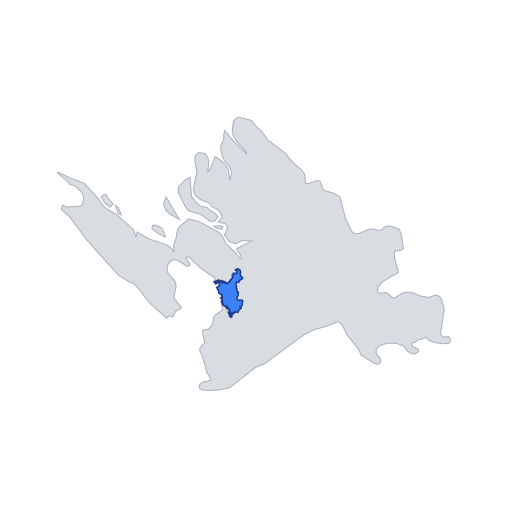 Brahamanbaria, Chittagong, Bangladesh (highlighted), rotated 145°
{"feature_id": "16705992B2831557138260", "entity_name": "Brahamanbaria", "entity_type": "district", "adm_level": 2, "iso_a3": "BGD", "parent_name": "Bangladesh", "parent_adm1": "Chittagong", "projection": "orthographic", "projection_center": [91.088, 23.957], "detail": "fine", "context": "in_parent", "style": "filled", "palette": "blue", "viewbox_px": 512, "rotation_deg": 145, "n_neighbors": 0, "source": "geoboundaries", "source_scale": "gbopen_adm2", "svg_char_len": 9069}
<svg xmlns="http://www.w3.org/2000/svg" viewBox="0 0 512 512"><g transform="rotate(145 256 256)"><path d="M179.8,355.8L179.8,344.4L172.6,321.8L173.0,319.4L171.6,308.5L169.8,302.5L169.0,296.1L173.6,287.0L171.8,285.5L161.9,282.5L160.7,280.1L163.0,271.1L156.0,262.4L153.3,256.0L161.2,235.5L163.4,221.2L162.9,218.4L158.3,215.1L150.1,213.7L144.3,210.9L141.0,206.8L138.2,205.1L134.6,206.2L130.1,204.6L126.4,200.5L123.3,195.5L124.7,190.2L130.9,177.6L133.2,177.3L138.3,179.8L140.2,179.9L143.7,174.9L148.7,160.8L165.2,162.3L169.2,161.9L173.4,160.8L175.6,159.1L176.9,156.8L176.5,154.8L171.5,152.0L169.6,150.0L168.3,144.3L166.8,142.1L156.9,141.6L151.8,138.9L149.0,136.5L144.1,128.7L138.0,122.8L132.0,121.3L129.8,119.4L128.6,116.4L129.4,112.1L132.6,104.0L149.3,86.6L149.8,84.6L149.2,82.3L144.4,79.4L144.2,78.0L145.6,74.3L148.3,73.9L153.9,77.4L159.5,82.9L162.8,87.9L162.8,91.7L167.3,92.6L171.0,94.3L174.8,93.9L177.3,94.9L179.0,94.5L179.7,92.3L176.5,86.7L178.1,84.4L181.9,84.6L184.5,86.7L186.5,91.0L186.7,97.7L191.0,103.8L196.8,108.2L201.3,110.2L206.7,111.7L211.4,110.4L213.8,106.2L212.8,102.4L213.6,99.1L215.5,97.2L218.4,97.4L220.6,100.1L226.8,114.5L225.4,120.9L226.7,138.5L225.0,150.1L225.9,154.5L227.0,155.3L236.7,157.5L250.7,162.2L261.4,164.0L310.0,162.8L320.6,165.0L353.0,163.2L361.8,166.8L371.5,172.7L377.0,177.1L378.0,179.7L377.4,181.9L375.6,183.1L372.3,183.2L364.6,180.3L363.3,181.2L363.3,188.1L357.2,205.6L356.3,211.0L354.2,213.1L347.7,214.3L343.5,224.4L341.8,225.7L337.5,223.5L334.9,223.9L331.6,224.8L328.3,227.2L326.0,230.1L323.5,231.1L314.3,230.9L312.6,235.6L306.6,241.8L302.5,258.2L302.8,263.2L307.9,276.2L311.4,293.1L312.8,294.8L314.5,295.0L314.6,287.2L316.3,286.2L318.4,287.1L322.8,297.5L325.2,300.2L329.1,300.9L333.4,299.3L336.6,296.2L337.9,292.9L336.8,281.5L338.8,276.9L346.2,269.9L347.3,267.8L346.7,256.4L349.5,256.0L353.3,256.9L358.1,254.2L359.5,254.1L361.6,257.0L364.9,256.4L370.2,279.0L370.8,295.0L372.0,303.8L373.9,305.8L379.7,319.0L385.4,365.8L386.3,395.5L388.7,405.6L386.8,407.8L385.0,408.3L383.2,404.8L371.0,397.4L368.0,398.1L363.9,402.6L362.2,406.6L363.0,412.3L364.4,417.9L367.3,421.1L367.6,424.7L370.9,438.0L370.0,438.1L363.2,426.0L355.0,414.1L352.3,392.7L352.0,382.1L346.4,369.7L341.2,348.0L343.4,340.4L339.5,343.7L333.4,330.7L323.9,318.0L321.1,312.4L321.0,306.9L316.9,312.4L311.4,316.3L305.7,322.2L302.0,323.9L290.0,325.0L283.2,317.2L273.3,298.0L272.0,293.7L273.4,282.5L271.1,271.8L270.4,262.5L268.7,263.3L268.0,265.9L268.3,269.8L267.6,273.1L251.1,270.9L258.1,276.5L265.7,277.9L269.6,282.9L269.8,291.2L262.3,296.2L263.0,300.4L267.3,305.6L262.0,307.0L260.6,310.4L260.5,315.2L264.1,322.5L263.5,325.4L269.7,335.1L270.9,339.7L269.3,346.2L255.7,359.4L251.7,368.7L248.3,373.0L244.1,373.8L239.0,369.4L239.0,364.8L240.0,361.2L247.2,352.5L243.3,353.7L232.3,360.8L230.2,354.9L228.8,349.5L228.9,342.8L234.3,333.0L228.2,337.9L226.5,344.0L227.2,351.3L226.4,356.5L224.0,363.2L220.7,367.2L215.5,369.8L213.1,373.7L209.6,376.6L208.5,363.0L205.0,344.7L204.2,348.6L206.0,360.0L205.8,367.4L202.9,373.2L197.1,379.4L192.7,380.2L190.1,379.2L182.0,369.7L181.4,360.7L179.8,355.8ZM280.2,356.9L270.1,359.0L264.9,358.3L274.6,341.9L274.3,334.5L272.8,328.5L268.0,323.6L267.7,320.2L265.5,315.5L264.4,310.0L269.8,308.2L274.2,311.4L275.8,317.6L277.9,322.4L285.5,332.0L285.4,338.0L283.3,352.4L280.2,356.9ZM302.0,351.5L295.8,355.9L297.8,329.9L302.4,339.5L303.6,344.7L302.0,351.5ZM325.5,338.4L322.9,340.3L320.3,338.7L317.1,332.6L318.7,324.9L319.7,323.7L323.6,331.6L325.5,338.4ZM348.7,393.2L345.1,393.6L343.4,391.7L344.2,389.1L343.2,380.7L347.7,379.8L349.4,386.8L348.7,393.2ZM344.6,369.7L342.1,378.1L341.0,374.3L342.8,367.0L344.6,369.7ZM272.5,302.0L273.5,304.7L267.9,301.2L266.4,298.7L268.9,297.4L272.5,302.0Z" fill="#d9dde1" stroke="#a8b0b8" stroke-width="1"/><path d="M310.7,237.0L310.5,236.9L310.3,236.9L310.1,236.7L310.4,236.4L310.6,236.2L310.9,235.8L311.0,235.4L310.9,235.3L310.7,235.3L310.7,235.2L310.8,235.1L311.1,235.2L311.1,234.3L310.9,234.2L310.7,234.1L310.7,233.3L310.5,233.2L310.2,233.2L309.7,233.0L309.6,232.8L309.7,232.7L309.5,232.3L309.8,232.0L309.8,231.4L310.0,231.4L310.1,231.0L309.4,230.9L309.3,231.2L309.0,230.9L308.6,230.9L308.7,230.7L308.8,229.8L309.6,229.8L309.5,229.5L309.9,229.6L310.0,229.4L309.7,229.2L308.8,229.1L308.8,228.0L308.4,228.0L308.3,227.6L308.6,227.5L308.6,226.9L308.8,227.0L309.0,227.0L309.2,226.5L309.1,226.2L309.2,225.4L309.5,225.5L309.6,225.1L310.3,225.2L310.5,224.9L310.8,224.8L311.0,224.9L311.1,225.3L311.3,224.7L311.2,224.3L311.2,224.0L310.7,224.1L310.8,224.4L310.3,224.1L310.3,224.4L310.1,224.3L310.0,224.5L309.6,224.6L309.2,224.3L309.2,224.1L309.3,224.0L309.3,223.9L309.4,223.7L309.6,223.6L309.5,223.2L309.9,223.1L310.0,223.4L310.4,223.4L310.4,222.8L310.6,223.0L310.8,223.0L311.0,222.5L311.3,222.5L311.3,222.3L311.6,222.3L311.8,222.4L311.8,222.1L311.9,221.7L312.1,221.6L312.1,221.2L311.9,221.1L311.9,220.8L311.9,220.5L311.6,220.4L311.7,220.2L310.9,220.0L310.5,220.1L310.2,220.5L310.0,220.8L309.7,221.1L309.5,221.4L309.5,221.7L309.4,222.2L309.4,222.3L309.6,222.3L309.6,222.8L309.6,222.6L309.4,222.6L308.9,222.7L308.8,222.8L308.6,222.5L308.6,222.8L308.5,222.7L308.2,222.6L307.5,222.4L307.4,222.2L307.1,222.2L307.0,222.3L307.0,222.1L306.8,222.0L306.7,222.1L306.3,222.1L306.2,221.9L305.9,222.1L305.9,221.9L305.6,222.0L305.3,221.8L305.0,222.0L304.9,221.9L304.4,221.8L304.2,221.4L304.0,221.2L303.6,220.8L303.4,220.7L303.5,220.6L303.2,220.2L302.5,220.6L302.1,220.7L301.7,221.2L300.9,221.6L298.1,221.7L297.9,222.0L297.8,222.5L298.4,223.1L298.5,223.4L298.5,223.5L298.3,223.6L297.5,223.3L297.0,223.3L296.0,223.4L295.6,223.5L295.3,223.9L294.8,224.7L294.2,225.5L293.8,225.9L292.8,226.5L292.5,227.0L292.4,227.3L293.1,228.1L293.8,228.7L295.2,229.4L295.8,229.9L296.1,230.4L296.3,231.0L296.3,231.5L296.1,232.0L295.6,232.7L295.0,233.0L294.5,233.4L293.7,233.7L293.4,233.9L291.8,235.6L291.3,236.6L291.3,236.9L291.6,237.0L291.8,237.6L291.8,238.1L291.7,238.7L291.6,238.9L291.0,239.1L290.6,239.7L290.4,241.5L290.1,241.8L289.7,241.9L289.2,242.5L288.5,244.5L288.0,245.2L287.4,245.5L287.0,245.3L286.0,244.8L285.1,244.4L284.1,244.9L283.9,245.3L283.6,245.4L283.4,245.4L280.6,245.2L280.0,245.3L279.7,245.4L279.5,245.7L279.4,246.3L279.9,248.0L279.8,249.1L279.4,250.0L279.2,250.1L279.1,250.3L278.3,251.2L277.3,252.8L277.2,253.3L277.3,254.1L277.4,254.5L277.7,255.0L278.2,255.5L278.3,255.8L278.3,256.1L279.1,256.0L279.5,255.7L279.8,255.9L279.8,256.4L280.0,256.6L280.4,256.7L280.8,256.6L281.0,256.3L280.9,255.8L280.7,255.4L280.3,255.2L280.3,254.6L280.6,254.0L280.6,253.6L281.0,253.4L281.4,253.1L281.5,253.0L281.7,252.8L282.2,253.0L282.4,253.3L282.7,253.6L283.3,253.5L283.4,253.9L283.8,254.3L283.8,254.2L284.6,254.0L284.9,254.1L285.0,254.2L285.6,254.2L285.8,254.5L286.5,254.0L286.6,253.9L286.8,253.4L286.6,252.4L287.0,252.1L287.1,251.9L287.4,251.9L287.6,251.5L288.2,251.4L288.3,251.6L288.8,251.5L289.1,251.3L289.3,251.3L289.6,251.1L289.8,251.1L290.2,250.9L290.4,251.1L290.9,251.0L290.9,250.7L291.4,250.5L291.6,250.5L292.0,250.4L292.9,250.3L293.2,250.2L293.0,249.8L293.3,249.8L293.4,250.2L294.9,249.7L295.3,249.7L295.6,250.3L295.6,250.5L295.4,250.5L295.6,250.9L295.7,251.0L295.8,250.8L296.1,251.2L296.0,251.5L295.7,251.4L295.8,251.7L295.9,251.8L296.1,251.6L296.4,251.4L296.4,251.5L296.1,251.8L296.2,252.0L296.4,251.8L296.7,251.8L296.5,252.2L296.5,252.4L297.0,252.1L296.8,252.4L296.8,252.7L296.6,252.8L296.8,253.0L297.0,252.8L297.0,253.2L297.0,253.4L297.2,253.2L297.4,253.2L297.3,253.5L297.1,253.5L297.3,253.8L297.4,253.6L297.6,253.6L297.8,253.4L297.7,253.6L297.5,253.9L297.8,254.1L297.8,253.9L298.0,254.0L298.2,253.8L298.1,254.2L297.8,254.2L298.0,254.4L298.3,254.7L298.6,254.7L298.8,254.5L298.8,254.8L299.6,254.7L299.4,255.0L299.1,255.0L298.9,255.3L299.1,255.3L299.3,255.1L299.5,255.3L299.4,255.4L299.2,255.4L299.2,255.5L299.5,255.6L299.6,255.4L299.6,255.7L299.3,256.0L299.6,256.0L299.8,256.2L299.9,255.9L300.0,256.0L300.0,255.9L300.1,256.0L300.1,256.3L300.1,256.8L300.2,256.5L300.3,256.6L300.2,256.8L300.3,256.9L300.3,257.0L300.4,256.9L300.5,256.8L300.4,257.2L300.4,257.3L300.2,257.2L300.2,257.3L300.5,257.5L300.8,257.7L300.9,257.9L301.2,257.8L301.4,257.9L301.5,257.8L301.4,257.7L301.8,257.6L302.0,257.5L302.5,257.8L302.5,258.0L302.8,258.0L303.0,258.3L303.4,258.2L303.4,258.3L303.5,258.3L303.8,258.2L303.9,258.4L304.3,258.5L304.2,259.0L304.7,259.0L304.7,258.8L305.0,258.8L304.9,258.6L305.0,258.6L304.8,258.4L305.0,258.3L304.9,258.0L305.0,257.0L304.9,256.9L305.2,256.5L304.5,256.2L304.4,256.3L302.1,256.4L302.0,255.3L301.8,255.0L302.3,253.2L302.9,252.6L303.8,252.6L304.6,252.5L305.3,252.6L305.4,252.9L305.8,253.2L305.8,253.4L306.0,252.8L306.3,252.5L306.2,252.1L306.5,251.6L306.5,250.4L306.4,250.3L306.4,250.1L306.3,249.8L306.6,249.5L306.7,248.7L306.9,248.5L307.2,248.0L307.8,247.1L307.5,246.2L307.1,245.5L306.8,244.5L306.6,244.5L306.4,244.3L306.4,243.2L307.3,242.7L307.4,242.3L307.1,241.7L306.6,241.4L307.7,241.5L308.3,241.6L308.9,241.6L309.1,241.7L308.9,240.7L308.4,240.3L308.8,239.2L309.6,237.9L309.7,238.0L309.6,238.3L309.8,238.5L309.7,238.6L309.8,238.8L310.5,238.6L310.3,238.3L310.7,237.6L310.6,237.2L310.7,237.0Z" fill="#3b82f6" stroke="#1e3a8a" stroke-width="1.5"/></g></svg>